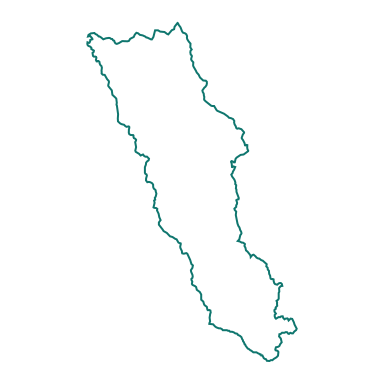 Bolivar, La Libertad, Peru (Robinson projection)
{"feature_id": "86281439B86357323386245", "entity_name": "Bolivar", "entity_type": "district", "adm_level": 2, "iso_a3": "PER", "parent_name": "Peru", "parent_adm1": "La Libertad", "projection": "robinson", "projection_center": [-77.704, -7.308], "detail": "fine", "context": "isolated", "style": "outline", "palette": "teal", "viewbox_px": 384, "rotation_deg": 0, "n_neighbors": 0, "source": "geoboundaries", "source_scale": "gbopen_adm2", "svg_char_len": 5955}
<svg xmlns="http://www.w3.org/2000/svg" viewBox="0 0 384 384"><path d="M278.4,352.0L278.0,351.3L277.4,350.8L275.6,350.3L275.3,349.4L275.9,347.3L278.1,346.8L279.3,346.1L280.3,344.0L281.7,342.3L280.8,338.5L279.1,336.5L279.4,334.2L280.6,334.0L282.1,332.7L284.2,332.8L285.9,332.1L287.2,332.3L288.1,333.6L288.8,333.9L289.1,333.9L290.0,333.0L290.5,332.8L291.8,333.4L292.9,333.4L294.3,331.5L296.1,330.1L296.7,328.7L294.5,324.5L293.9,322.4L292.2,318.9L290.6,318.6L288.6,320.5L287.9,318.8L287.4,318.4L285.4,318.7L284.5,319.3L283.2,317.9L282.7,316.3L281.1,316.4L280.1,317.2L278.6,317.1L276.0,318.7L275.3,318.0L274.7,316.4L274.7,314.9L275.9,313.6L274.5,311.7L274.4,310.3L274.6,309.7L275.8,308.8L275.6,307.7L275.9,307.2L277.2,305.8L277.0,303.8L277.1,302.2L276.5,300.9L278.2,299.6L278.7,298.7L278.7,292.9L279.3,291.7L279.1,288.2L279.8,287.1L280.9,286.1L282.3,285.9L281.8,283.9L280.9,283.1L280.0,283.0L278.7,283.4L277.2,284.7L275.1,284.1L274.3,283.2L273.6,280.9L273.6,279.4L272.7,279.0L271.5,279.1L270.8,278.8L270.5,278.3L270.1,275.6L269.2,273.9L268.9,270.7L267.8,269.6L267.6,267.7L266.3,266.4L266.7,264.2L262.8,260.7L261.2,260.1L259.3,258.6L258.2,258.5L256.5,257.6L255.7,256.5L253.6,254.7L252.4,255.0L250.7,257.0L250.6,256.0L249.9,254.6L247.5,251.6L246.0,250.4L245.4,247.6L244.5,246.1L244.5,245.5L244.9,244.6L244.8,243.8L242.9,242.6L241.7,242.6L239.8,241.5L237.8,241.0L239.3,239.3L240.3,235.1L241.1,234.2L241.5,233.2L241.1,231.6L240.3,230.3L239.4,227.4L238.4,226.0L237.5,223.6L235.8,215.0L236.2,211.6L234.7,209.9L234.4,208.6L236.2,206.9L236.2,205.3L237.0,203.9L237.1,202.6L236.3,200.2L237.5,199.4L238.5,199.3L238.8,198.1L236.5,191.9L236.4,189.4L235.9,188.6L236.2,185.2L235.2,184.0L235.4,182.9L235.1,181.5L234.3,179.5L232.1,176.5L231.3,174.6L232.6,173.0L232.9,171.6L234.1,169.7L235.2,167.0L233.4,166.4L232.5,167.1L232.0,167.0L231.7,163.5L231.1,162.1L231.1,161.5L231.6,161.1L232.7,161.4L234.0,162.4L234.8,162.3L235.6,158.8L236.6,157.6L240.6,154.9L243.6,154.5L248.1,151.2L248.2,150.6L247.5,149.3L247.2,147.6L247.3,145.1L246.4,144.9L245.6,145.4L245.0,145.3L244.5,143.0L242.9,139.9L241.8,138.5L241.7,137.8L242.8,134.6L244.1,132.8L244.0,132.2L241.4,129.2L238.7,128.3L237.2,128.7L236.4,128.2L235.6,126.0L234.6,124.4L234.1,122.4L234.3,121.0L233.1,119.1L231.1,118.2L228.9,117.7L227.9,116.5L224.0,113.7L217.3,110.8L216.5,110.0L214.1,106.0L212.1,106.0L211.0,105.6L205.5,101.2L204.2,99.8L204.1,99.1L204.3,96.9L203.9,95.7L203.7,93.6L202.7,91.9L202.4,90.4L204.4,87.6L205.4,86.8L206.5,85.2L206.9,83.5L206.8,81.7L205.8,80.7L203.2,80.5L200.0,77.5L198.6,74.6L196.7,72.5L196.0,70.9L193.4,66.4L193.1,65.3L193.3,62.3L191.6,60.4L191.1,59.1L191.9,56.1L191.6,55.4L190.7,54.5L190.3,52.2L190.6,50.7L191.7,49.5L190.3,47.3L190.5,43.6L188.7,41.5L187.3,39.3L186.9,37.7L187.1,36.1L186.3,34.3L185.2,33.4L182.9,32.6L182.0,31.2L180.5,27.3L178.5,24.6L178.1,23.4L177.5,23.0L174.6,26.7L174.1,29.2L171.8,30.2L168.3,34.4L167.2,34.0L164.5,32.0L160.2,31.6L158.0,30.3L155.1,30.3L153.4,37.0L151.9,39.4L151.0,39.4L147.3,37.6L146.3,37.5L145.3,36.6L142.7,35.4L139.8,34.8L138.1,33.3L136.4,32.8L134.8,34.6L133.7,37.0L130.2,38.8L128.9,40.9L127.6,41.3L122.2,41.1L118.9,43.1L116.8,43.9L115.5,43.4L114.7,42.3L114.2,40.7L113.2,40.4L112.2,39.0L111.1,38.9L109.8,38.0L108.9,37.9L106.0,38.3L103.3,39.3L101.0,37.4L99.4,36.4L98.8,36.5L96.8,34.6L95.5,34.1L94.4,33.0L90.9,33.4L88.5,34.9L88.0,36.5L90.2,36.0L92.3,38.5L92.4,39.3L90.3,39.9L90.1,41.5L89.4,42.8L89.0,42.9L87.5,42.3L87.3,43.8L87.6,45.0L88.4,45.9L90.4,46.7L91.4,47.9L91.3,49.0L93.9,50.6L93.7,51.9L92.5,52.9L93.0,55.9L93.8,56.6L95.4,56.6L96.1,56.9L96.4,57.8L95.9,59.9L96.6,61.4L97.1,61.5L97.7,61.0L98.5,61.0L99.5,62.0L99.6,63.4L100.4,65.1L101.4,66.0L101.9,67.7L101.5,70.9L101.7,71.9L101.6,73.5L102.7,74.7L104.7,74.9L107.2,79.3L108.7,80.9L109.0,82.0L108.2,85.3L108.4,86.2L111.8,90.4L112.4,94.8L115.6,97.8L116.3,98.7L116.8,102.8L116.5,104.8L116.9,105.6L118.1,114.3L117.8,118.6L118.0,121.4L120.0,123.3L121.4,124.1L124.1,124.8L125.3,126.1L126.5,126.8L128.7,126.4L129.3,127.0L129.3,128.0L128.9,129.4L128.8,132.8L129.3,134.2L130.7,135.0L133.2,135.1L133.5,135.5L133.5,137.1L133.9,138.1L135.3,138.8L136.1,139.8L136.0,140.6L135.2,142.1L136.1,147.1L135.3,150.6L135.7,151.8L139.2,153.9L140.6,155.5L143.0,154.5L144.3,156.1L145.5,156.7L146.9,156.6L149.0,158.7L148.6,160.3L147.0,161.5L146.1,162.7L145.9,164.6L144.9,167.2L144.9,172.8L145.4,173.8L146.5,174.4L146.9,175.6L146.1,178.4L146.0,180.4L147.3,182.2L148.9,181.9L150.5,182.3L152.2,183.3L153.1,184.6L153.2,187.1L153.8,188.6L155.4,189.9L155.7,190.6L155.7,191.3L156.4,193.7L155.7,196.6L154.8,197.9L155.2,199.7L154.1,200.5L154.6,202.8L153.5,207.4L154.2,207.8L156.3,208.1L157.3,208.9L157.0,210.4L158.6,213.7L159.3,217.2L160.6,220.1L158.9,222.4L158.9,224.7L162.7,229.6L163.6,231.1L166.8,232.9L170.0,236.3L172.5,237.0L175.3,238.9L176.6,239.3L178.4,242.5L179.5,243.1L180.6,243.3L180.8,243.9L180.2,246.6L180.4,248.0L181.9,251.1L182.0,252.8L182.3,253.4L183.8,253.7L186.3,253.1L187.3,253.7L190.2,260.0L191.4,264.0L192.9,265.4L192.4,267.9L190.9,270.2L191.1,271.7L192.5,275.0L192.7,276.6L192.4,277.9L191.4,278.9L191.4,279.8L192.3,281.6L191.9,283.9L192.5,284.9L195.0,286.1L196.1,287.0L196.8,289.8L199.8,292.0L201.2,294.5L201.2,299.7L203.3,301.6L204.0,304.1L204.6,305.2L206.8,306.8L207.4,309.7L207.9,310.2L209.4,310.0L210.4,310.5L210.7,312.6L210.2,313.8L209.6,317.7L210.1,321.4L209.4,323.1L209.3,323.9L213.1,324.3L215.0,326.4L216.4,327.4L218.8,328.3L220.3,328.3L221.9,329.1L222.8,330.2L226.9,330.2L228.1,330.8L229.0,330.7L230.1,331.7L232.3,331.8L233.9,332.4L235.3,333.4L236.9,333.6L237.6,334.2L237.8,334.8L240.0,335.9L241.4,337.1L242.2,339.2L242.9,340.2L243.1,341.4L243.9,342.2L244.6,344.3L245.2,344.5L245.6,345.7L247.8,348.6L248.7,348.9L250.5,350.4L251.2,350.6L253.3,352.3L256.4,352.3L258.4,353.5L259.3,353.8L259.8,354.4L260.6,354.3L261.2,355.5L262.4,355.4L263.8,358.2L264.8,358.9L266.0,359.2L266.9,360.8L269.4,361.0L271.0,360.1L272.4,360.2L273.7,359.0L276.5,357.3L278.0,355.7L278.4,352.0Z" fill="none" stroke="#0f766e" stroke-width="2"/></svg>